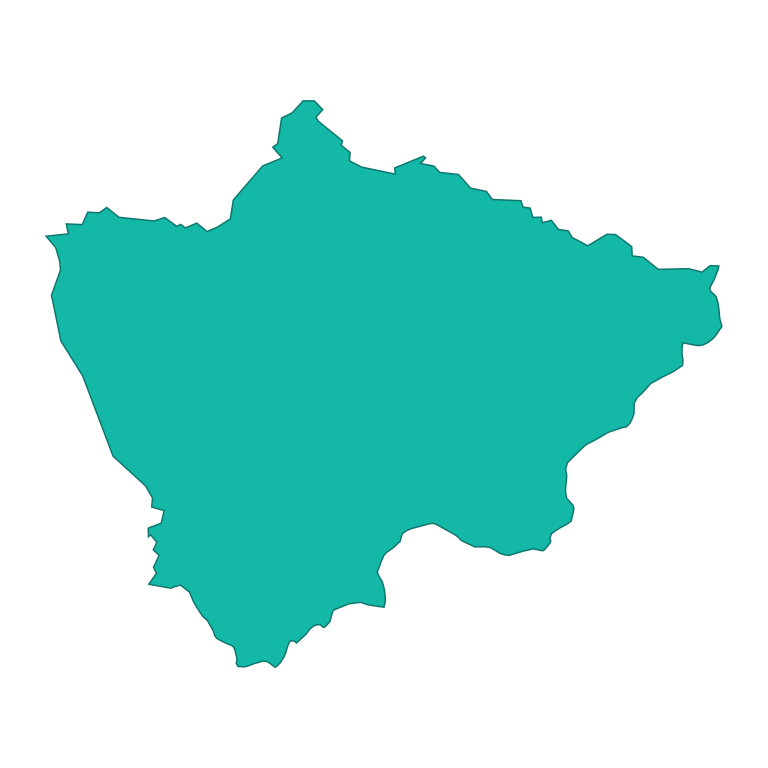 the district of Novatsi, Novaci, North Macedonia
{"feature_id": "65306769B28760853140319", "entity_name": "Novatsi", "entity_type": "district", "adm_level": 2, "iso_a3": "MKD", "parent_name": "North Macedonia", "parent_adm1": "Novaci", "projection": "albers", "projection_center": [21.684, 41.019], "detail": "fine", "context": "isolated", "style": "filled", "palette": "teal", "viewbox_px": 768, "rotation_deg": 0, "n_neighbors": 0, "source": "geoboundaries", "source_scale": "gbopen_adm2", "svg_char_len": 3180}
<svg xmlns="http://www.w3.org/2000/svg" viewBox="0 0 768 768"><path d="M148.8,584.2L151.9,584.8L160.4,586.3L167.3,587.6L171.0,588.2L174.2,586.8L180.5,585.1L182.4,586.6L189.5,592.1L193.2,601.0L196.2,606.5L198.2,609.6L202.1,615.5L203.7,617.3L207.3,620.4L213.4,631.1L214.6,635.3L216.4,638.0L218.6,639.5L226.1,643.3L231.6,645.5L233.5,647.0L234.9,649.9L236.8,657.9L237.0,660.5L236.2,663.0L237.9,666.4L243.5,666.9L247.4,666.2L254.3,663.6L261.5,661.5L263.2,661.1L267.3,661.6L271.4,664.4L274.2,666.7L275.4,667.2L277.4,665.6L280.3,662.7L283.9,657.1L285.8,652.5L287.8,645.7L290.0,641.0L294.1,640.9L296.5,643.0L306.0,634.2L308.5,630.8L310.4,628.5L314.6,625.4L317.5,624.7L319.4,624.7L320.0,624.9L320.7,625.1L323.4,627.4L325.3,626.6L327.5,624.3L330.0,621.2L330.9,618.1L332.0,613.8L333.1,610.8L334.9,609.5L337.6,608.4L348.6,603.9L360.6,602.3L368.1,604.9L373.3,605.7L384.0,607.2L385.4,601.3L385.1,595.6L384.4,589.6L382.4,582.1L379.1,576.3L377.2,572.4L380.9,562.2L383.7,555.7L386.0,552.9L393.4,547.6L400.1,541.3L400.8,538.9L402.2,533.7L406.3,530.8L411.0,528.7L426.3,524.6L429.3,523.7L433.4,523.4L436.2,524.3L449.9,531.9L453.7,534.0L456.1,535.6L458.7,537.6L461.4,540.6L474.8,546.9L484.4,546.7L490.3,547.5L495.1,550.3L499.5,553.1L504.3,554.8L509.4,555.3L523.3,551.1L533.2,548.8L536.1,549.4L542.0,550.7L543.2,550.6L544.3,549.9L547.5,546.3L549.9,543.2L550.8,541.0L550.0,539.0L550.4,536.8L551.4,533.8L555.8,530.5L561.7,526.9L563.3,526.1L567.3,523.9L571.2,521.0L573.9,509.1L573.4,505.9L569.9,501.9L566.5,498.1L565.6,491.8L565.6,487.9L565.7,486.2L566.4,481.7L566.7,475.0L565.6,469.2L567.4,462.9L573.5,456.6L584.7,445.8L586.0,444.7L593.0,441.1L595.3,439.9L595.7,439.7L607.8,432.5L621.1,427.9L626.4,426.8L630.1,423.0L632.2,418.7L634.0,413.4L634.0,410.4L634.2,403.3L637.3,397.4L642.4,392.8L650.6,383.6L662.7,376.8L668.7,373.9L673.2,371.7L682.5,365.4L683.0,360.3L682.0,354.0L682.1,347.6L682.8,342.7L691.4,344.5L698.5,345.6L703.2,344.9L708.0,342.4L712.7,338.9L715.7,335.5L721.9,326.5L719.7,318.2L718.7,307.2L718.0,303.3L716.5,297.8L715.8,296.4L714.2,294.5L710.9,291.6L709.8,288.6L709.9,287.6L714.2,279.4L718.2,269.3L718.8,266.0L710.2,265.6L702.0,272.1L688.6,268.7L658.2,269.3L643.3,257.3L632.2,255.9L631.7,246.6L615.5,234.5L606.9,234.3L587.7,245.8L572.0,237.4L568.3,230.9L558.4,229.4L551.4,220.3L542.3,222.8L541.4,217.2L532.8,217.4L530.1,208.1L523.0,207.0L520.9,200.7L492.4,199.5L486.5,191.5L470.5,188.1L458.5,174.5L439.7,172.4L433.8,166.1L420.5,163.5L425.6,157.8L423.4,156.2L394.8,167.9L395.2,174.1L361.6,167.1L349.5,160.8L350.1,152.5L341.1,145.2L342.5,140.9L318.6,121.5L315.9,117.1L322.7,109.7L314.3,100.9L303.2,100.8L292.1,112.9L281.6,118.0L277.7,143.6L272.8,147.3L282.1,157.9L262.6,166.0L233.3,200.0L230.4,218.8L217.0,227.4L206.9,231.5L196.8,223.1L185.4,227.9L180.7,224.4L176.8,226.4L164.7,217.5L154.0,221.0L119.1,217.3L106.7,207.5L99.2,212.9L87.8,212.1L82.2,224.6L66.3,223.9L68.3,233.9L46.1,236.2L55.7,247.6L59.7,261.2L60.5,270.1L51.5,295.1L60.9,341.0L82.7,375.9L113.1,456.2L145.7,486.0L152.5,498.0L151.7,507.0L164.1,510.6L161.3,523.1L148.2,528.2L148.5,536.7L150.7,534.8L156.8,542.3L153.3,549.9L159.1,555.3L153.5,567.3L156.5,573.2L148.8,584.2Z" fill="#14b8a6" stroke="#0f766e" stroke-width="1.5"/></svg>